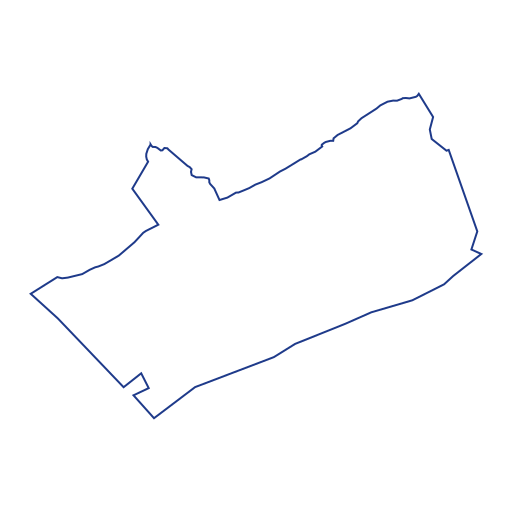 outline of Giles, Virginia, United States of America
{"feature_id": "52423323B66517742770960", "entity_name": "Giles", "entity_type": "district", "adm_level": 2, "iso_a3": "USA", "parent_name": "United States of America", "parent_adm1": "Virginia", "projection": "albers", "projection_center": [-80.724, 37.315], "detail": "fine", "context": "isolated", "style": "outline", "palette": "blue", "viewbox_px": 512, "rotation_deg": 0, "n_neighbors": 0, "source": "geoboundaries", "source_scale": "gbopen_adm2", "svg_char_len": 1431}
<svg xmlns="http://www.w3.org/2000/svg" viewBox="0 0 512 512"><path d="M448.7,149.9L446.5,150.7L431.7,139.0L429.8,129.5L433.1,117.0L418.8,93.8L417.3,95.9L415.9,96.8L409.5,98.4L405.8,98.0L402.7,98.2L401.8,98.9L397.0,100.7L393.1,100.6L387.5,101.7L380.3,105.4L376.6,108.5L361.5,118.2L358.1,121.4L357.3,123.2L350.5,128.3L337.7,134.9L333.6,138.3L333.2,140.8L330.3,140.8L325.7,142.0L324.1,142.9L321.8,144.7L321.7,145.5L322.2,146.5L315.3,151.7L309.3,154.3L307.0,156.1L301.2,159.4L300.6,159.4L285.5,168.7L280.0,171.5L269.6,178.4L261.6,182.2L255.4,184.6L249.2,188.1L244.2,190.2L238.5,192.5L236.0,192.6L227.4,197.6L219.5,200.0L214.5,189.0L214.4,188.6L210.1,183.9L209.3,182.3L209.3,180.2L208.7,178.5L203.9,177.4L197.3,177.3L196.1,177.3L191.7,175.1L191.0,171.9L191.6,169.2L189.7,167.1L187.5,165.9L168.4,149.5L167.4,148.3L164.4,148.0L162.4,150.3L160.8,150.5L157.4,147.9L155.5,147.0L152.6,146.9L151.5,145.8L151.4,145.7L150.6,144.4L150.6,144.5L147.8,149.2L146.3,153.8L146.2,156.6L146.8,159.4L148.1,161.7L132.3,188.7L158.3,224.7L146.0,230.9L143.2,232.8L134.6,242.1L118.8,255.6L104.3,264.1L98.3,266.5L95.2,267.3L89.7,269.8L82.2,274.1L67.8,277.6L62.1,278.3L57.3,277.1L30.7,293.8L57.8,318.4L123.6,387.2L141.2,373.3L148.7,388.1L133.5,395.3L154.0,418.2L195.1,387.1L273.9,357.1L295.1,343.9L345.5,323.7L371.3,312.3L412.3,300.3L444.1,284.3L453.2,276.0L481.3,254.0L471.4,249.5L477.3,231.4L448.7,149.9Z" fill="none" stroke="#1e3a8a" stroke-width="2"/></svg>